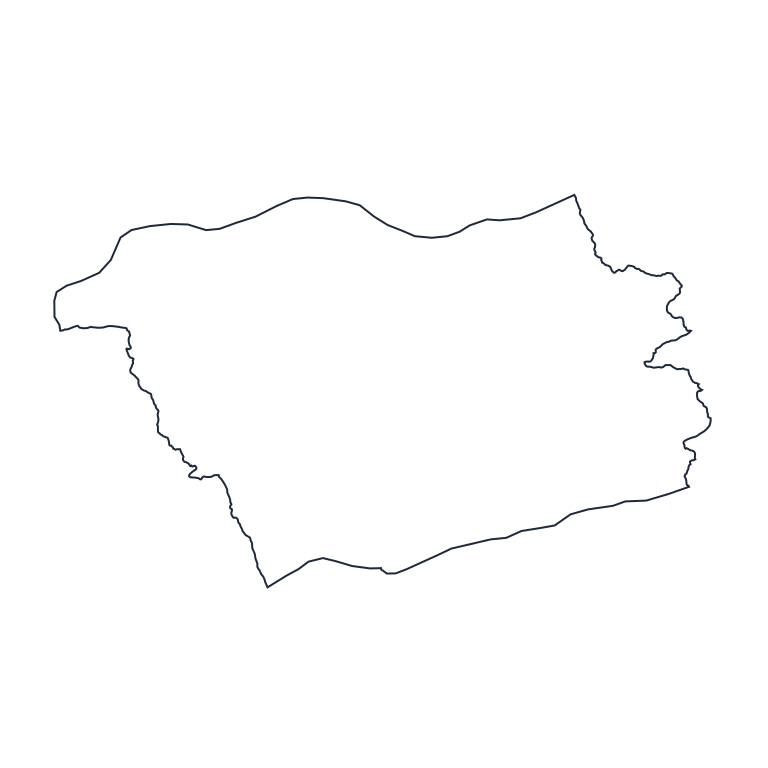 Adobha, Semenawi Keyih Bahri, Eritrea (Albers equal-area conic projection), rotated 85°
{"feature_id": "51966322B26139601177216", "entity_name": "Adobha", "entity_type": "district", "adm_level": 2, "iso_a3": "ERI", "parent_name": "Eritrea", "parent_adm1": "Semenawi Keyih Bahri", "projection": "albers", "projection_center": [38.096, 17.204], "detail": "fine", "context": "isolated", "style": "outline", "palette": "slate", "viewbox_px": 768, "rotation_deg": 85, "n_neighbors": 0, "source": "geoboundaries", "source_scale": "gbopen_adm2", "svg_char_len": 6023}
<svg xmlns="http://www.w3.org/2000/svg" viewBox="0 0 768 768"><g transform="rotate(85 384 384)"><path d="M513.0,89.1L511.8,89.6L511.3,90.7L509.9,91.3L506.7,91.3L505.1,91.5L502.3,92.6L500.5,91.9L499.8,90.6L496.4,89.1L495.3,88.2L492.9,87.8L491.4,86.9L490.7,85.6L488.9,86.0L487.9,85.9L487.0,84.4L486.8,82.2L486.2,80.4L484.6,80.9L482.7,80.4L480.2,80.2L478.4,81.0L477.4,82.5L476.4,85.2L475.5,86.2L474.3,88.1L474.8,89.0L473.8,90.0L470.9,90.1L470.1,90.5L468.6,90.8L467.5,90.3L466.5,88.6L465.6,86.5L464.5,82.8L463.5,77.9L462.8,76.3L461.0,73.3L459.2,69.5L457.3,66.8L453.8,63.3L451.1,62.3L449.1,61.8L446.6,61.6L445.3,63.8L444.4,64.2L441.9,63.9L440.8,64.5L436.4,64.5L435.2,65.2L433.9,67.2L432.5,67.8L431.4,67.9L430.4,68.7L429.5,70.1L426.4,72.9L423.2,73.2L419.7,72.8L418.8,71.9L418.5,70.9L418.5,69.2L417.6,67.7L416.8,69.1L414.9,70.7L413.5,71.4L412.6,71.3L411.6,70.4L410.3,72.6L409.9,74.3L408.4,76.1L406.0,77.4L403.7,77.9L403.1,78.4L400.0,79.4L397.6,79.5L396.5,79.8L395.5,83.3L394.6,84.4L394.9,86.4L394.8,90.7L392.8,94.0L390.1,97.0L389.7,101.8L391.5,104.7L391.8,106.3L391.2,108.2L391.1,109.5L391.3,114.0L390.5,115.9L390.0,117.5L389.6,120.2L388.4,121.8L387.2,122.1L386.0,122.7L384.9,122.5L384.6,121.3L384.6,119.1L385.0,117.6L384.6,116.4L383.2,115.0L381.4,113.7L377.5,112.7L376.8,112.8L376.7,111.0L375.9,110.4L373.9,110.5L373.1,110.0L372.3,108.9L371.2,105.9L368.6,102.8L366.9,98.7L366.8,96.5L366.1,95.3L365.8,93.7L365.9,90.3L365.2,88.1L363.0,84.7L362.4,83.3L361.4,79.2L360.7,77.6L359.1,75.0L357.8,73.6L357.4,74.9L357.5,76.8L356.4,77.9L353.9,78.4L353.2,79.7L352.4,80.0L350.4,80.4L347.9,80.2L345.0,80.7L343.6,82.0L343.3,84.2L343.7,86.0L343.7,87.9L342.8,90.0L341.4,91.4L339.8,92.0L338.5,93.3L337.5,94.9L335.5,95.7L333.6,95.7L331.0,95.3L329.7,94.4L327.8,93.3L326.3,91.5L324.8,87.7L323.4,86.6L321.9,85.7L320.1,82.3L318.8,81.1L314.7,81.1L312.8,78.9L311.6,78.8L310.6,79.9L307.6,81.5L306.7,82.8L305.8,83.6L303.2,84.9L302.1,86.0L299.6,86.9L299.0,87.8L298.1,91.6L298.1,92.8L299.2,94.7L299.1,97.0L300.2,98.3L300.4,99.1L300.0,101.0L300.2,103.2L299.2,105.9L299.0,107.8L297.4,111.0L296.8,112.9L295.6,114.8L294.6,115.5L293.6,118.3L291.9,119.7L291.5,120.5L291.4,122.1L290.1,124.1L289.0,124.6L288.0,127.1L287.3,130.3L290.0,133.1L290.9,133.7L292.3,136.2L292.2,137.5L290.8,139.3L290.6,139.9L291.5,141.6L291.7,142.4L293.2,144.2L293.2,145.3L291.3,147.0L287.0,148.4L286.6,149.2L285.8,149.9L284.7,153.1L282.6,154.9L282.1,156.1L280.9,156.2L279.7,156.8L277.9,156.5L277.1,157.1L276.3,159.5L274.3,161.7L273.2,162.4L272.4,162.3L271.8,161.8L271.1,161.8L268.7,162.8L267.9,162.9L265.8,161.8L263.8,161.5L262.4,161.6L259.7,163.8L258.4,164.3L257.2,164.5L256.1,164.3L255.1,163.4L254.0,162.8L253.2,162.9L249.8,164.9L248.0,167.0L246.9,167.7L244.0,168.8L241.5,170.4L239.7,170.4L236.5,171.2L235.0,172.0L232.6,173.7L230.7,174.0L229.9,173.9L228.3,173.3L227.6,173.2L225.6,174.3L219.7,175.9L218.4,176.5L215.2,176.6L213.9,177.3L212.2,177.9L226.3,217.8L230.8,233.5L231.0,254.5L229.0,267.1L233.5,284.9L238.9,295.4L242.3,308.0L242.5,323.7L239.4,340.5L233.2,351.9L225.9,366.6L216.5,379.1L203.8,392.6L198.7,406.2L193.6,428.2L191.6,443.9L191.8,458.6L197.3,475.4L206.1,497.4L210.6,517.4L215.1,534.2L215.2,547.8L208.0,565.5L206.0,582.3L206.3,603.3L208.6,622.1L215.1,633.7L236.6,645.3L248.4,658.0L255.0,676.9L258.4,691.6L263.8,702.1L272.4,705.2L288.4,706.4L296.9,702.2L302.7,701.9L302.8,700.0L301.8,696.9L302.0,695.6L301.9,694.0L300.1,688.1L299.3,684.6L299.4,684.0L301.3,682.3L302.3,678.5L302.4,674.6L301.6,671.5L303.0,664.2L303.2,662.2L303.2,658.3L302.5,655.3L302.3,652.8L302.7,649.3L303.8,644.0L304.5,641.7L305.7,636.6L306.1,635.6L308.1,635.1L309.6,633.4L313.6,632.7L315.6,634.1L318.2,634.6L320.0,634.6L323.2,634.1L324.7,633.3L325.6,633.0L325.9,633.0L327.0,634.4L327.1,635.0L326.3,637.1L326.4,637.4L327.1,637.6L333.4,635.8L334.7,635.1L335.4,634.6L336.6,632.1L336.9,631.5L337.4,631.4L338.0,631.6L338.7,632.2L341.6,632.2L343.3,633.4L344.9,633.9L347.3,635.4L348.7,635.7L349.5,635.6L350.2,635.4L351.2,634.7L353.7,631.9L358.0,628.5L359.3,628.2L359.8,628.4L362.3,628.6L365.3,627.7L366.1,626.9L367.5,626.5L369.6,623.7L370.3,621.8L372.4,619.3L373.2,617.5L373.5,617.1L373.9,616.9L377.0,616.7L378.1,616.4L379.5,615.5L383.4,614.8L384.2,614.4L385.6,613.3L387.6,613.3L389.6,612.1L390.2,611.3L391.5,611.1L394.9,612.2L399.2,611.8L400.4,611.9L402.3,612.4L404.8,613.6L406.2,612.9L411.4,613.3L412.5,613.1L413.6,611.9L415.0,610.7L415.4,609.8L416.6,608.8L418.8,604.2L421.7,603.4L426.1,603.1L426.7,602.6L426.9,601.3L427.6,600.9L428.6,599.9L430.0,599.6L430.4,598.8L430.5,598.5L431.3,597.5L430.9,595.7L431.2,592.9L434.1,592.1L438.9,590.1L441.4,590.9L442.4,590.7L443.6,590.0L444.2,589.4L444.4,588.6L445.2,587.0L446.2,585.7L447.4,584.9L448.5,584.5L448.8,584.2L448.9,583.8L448.5,582.9L449.2,582.6L449.5,582.2L448.9,579.8L449.1,579.3L449.5,579.3L450.5,578.3L451.6,578.2L452.6,578.7L454.5,582.1L456.5,584.9L457.4,585.7L458.2,586.2L458.9,586.1L459.9,585.3L460.2,584.4L460.7,580.8L461.4,577.8L461.8,576.8L462.9,575.6L463.1,574.8L462.8,574.2L461.4,573.3L460.9,572.7L460.4,571.7L461.3,568.3L461.4,565.4L461.4,564.0L460.1,561.2L460.1,559.3L460.4,556.6L461.8,556.6L464.8,554.2L469.9,551.5L474.8,549.6L476.7,549.4L478.4,549.6L484.1,547.7L486.6,547.3L488.5,547.4L489.7,546.7L490.5,546.5L490.8,546.6L491.5,547.3L492.2,547.8L493.5,548.1L494.6,547.9L495.2,546.7L495.9,546.4L497.1,546.6L499.3,547.4L501.0,547.3L503.8,545.9L504.1,545.4L504.2,543.3L504.8,542.5L506.0,541.5L509.1,541.2L510.2,540.6L511.0,539.8L512.9,539.5L515.9,538.2L518.1,537.7L522.3,535.1L525.2,531.1L526.4,530.6L528.4,530.5L530.6,529.4L536.2,529.5L541.8,527.6L546.8,527.2L551.9,525.8L555.1,526.1L557.2,525.3L558.6,524.3L562.9,522.8L565.3,521.1L568.8,519.9L570.3,519.7L571.9,519.3L576.4,517.7L566.4,497.8L560.9,485.2L554.4,474.7L552.1,460.0L556.3,447.5L562.5,431.8L566.5,414.0L567.2,403.0L568.5,403.0L573.1,397.6L573.7,388.9L570.4,377.4L559.3,345.9L553.8,331.2L548.1,291.3L547.9,275.6L542.4,259.8L541.1,241.0L539.8,226.3L530.1,209.5L526.7,191.7L525.3,166.5L522.0,153.9L523.0,132.9L518.3,109.9L513.0,89.1Z" fill="none" stroke="#1e293b" stroke-width="2"/></g></svg>